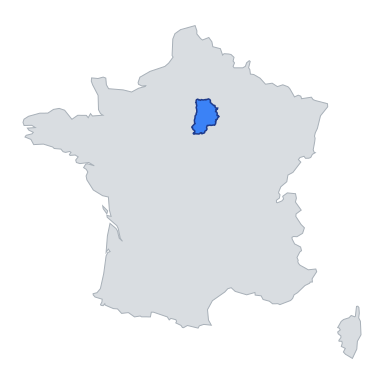 Seien-et-Marne on a map of France (Mercator projection)
{"feature_id": "FRA-5342", "entity_name": "Seien-et-Marne", "entity_type": "Metropolitan department", "adm_level": 1, "iso_a3": "FRA", "parent_name": "France", "parent_adm1": "", "projection": "mercator", "projection_center": [2.98, 48.614], "detail": "fine", "context": "in_parent", "style": "filled", "palette": "blue", "viewbox_px": 384, "rotation_deg": 0, "n_neighbors": 0, "source": "natural_earth", "source_scale": "10m", "svg_char_len": 6384}
<svg xmlns="http://www.w3.org/2000/svg" viewBox="0 0 384 384"><path d="M315.3,152.7L312.4,154.3L310.7,157.5L308.8,158.2L305.5,158.3L304.0,156.3L300.0,157.5L298.4,159.6L300.8,162.1L292.9,172.4L287.9,175.1L286.8,181.7L280.9,186.7L278.7,191.9L278.6,193.0L280.0,194.7L279.4,198.1L276.4,200.3L276.5,202.4L277.3,202.8L281.8,201.0L283.6,199.0L282.7,196.3L287.3,192.9L295.5,193.7L296.4,198.2L295.4,202.0L301.2,210.1L296.1,213.9L295.8,216.4L301.1,224.5L304.4,227.8L302.6,233.3L297.0,236.7L293.5,236.5L292.0,237.3L292.1,239.0L294.6,243.9L300.6,247.0L301.5,250.7L299.8,252.0L297.0,257.5L298.2,260.3L297.8,261.5L298.4,263.3L300.0,265.2L308.3,269.8L315.8,269.0L316.7,271.7L312.1,278.8L312.4,282.0L310.1,282.1L309.7,283.2L305.0,285.5L297.5,292.7L294.1,294.8L292.6,298.5L290.6,300.5L279.9,304.6L277.9,303.7L272.6,303.8L269.4,301.2L263.1,299.5L261.1,295.8L255.2,295.1L254.9,292.5L246.7,294.8L235.2,291.4L231.2,287.7L227.8,288.7L224.8,292.0L212.4,300.7L207.5,309.7L208.5,320.1L211.3,325.2L203.7,324.4L199.3,325.9L198.1,328.1L187.4,325.5L183.5,327.7L182.4,327.5L181.0,325.4L175.8,322.9L176.6,321.2L175.8,319.7L170.9,318.4L169.2,319.9L167.3,316.9L153.5,312.2L151.3,312.2L150.4,316.9L141.5,316.8L140.2,316.0L134.5,316.9L128.4,312.6L121.6,313.4L117.5,308.9L113.4,308.6L107.7,306.2L105.1,305.0L104.8,303.7L103.1,305.7L101.0,305.3L100.5,304.6L101.9,302.1L102.2,299.2L95.0,297.0L93.2,294.9L93.1,293.7L97.0,292.7L100.4,288.6L103.7,273.7L106.1,255.9L107.8,252.5L110.1,251.6L108.3,249.1L106.1,252.4L107.4,235.9L110.0,223.4L116.0,228.5L117.4,230.8L119.2,238.2L122.5,241.3L120.3,238.3L118.2,228.4L116.8,225.6L107.2,217.3L106.9,215.4L111.1,216.4L109.4,210.1L108.4,197.0L102.6,195.7L93.3,190.0L86.9,179.9L86.1,176.0L87.8,172.0L86.3,169.4L83.6,167.6L85.7,164.2L87.6,163.8L94.3,165.8L88.8,162.5L79.9,163.6L76.4,162.5L75.7,160.0L78.2,156.9L75.2,155.0L70.1,155.4L69.4,154.6L71.0,152.3L69.7,151.5L65.5,152.4L63.1,151.7L60.9,149.1L54.2,148.5L52.7,147.0L43.4,144.1L33.7,144.6L30.9,139.4L25.0,137.0L26.2,135.3L32.1,133.8L33.3,132.3L28.9,130.2L27.4,128.1L35.3,127.6L31.8,125.3L24.1,125.5L23.0,122.4L24.0,119.2L28.5,116.3L39.7,113.2L47.8,113.1L53.5,109.4L59.2,108.4L64.6,110.2L71.9,119.3L77.7,115.3L86.4,115.4L88.2,117.7L90.5,113.6L92.4,116.0L103.0,115.2L100.5,113.6L98.5,109.7L98.1,95.4L92.7,85.0L91.3,81.2L91.6,77.9L98.0,78.5L103.2,77.1L105.8,78.1L106.4,84.8L108.6,88.7L123.2,89.9L131.6,92.0L138.7,88.2L145.3,86.5L145.8,85.6L142.0,86.0L138.5,84.3L138.1,82.5L139.9,77.2L150.0,71.4L164.9,66.4L168.7,63.1L173.1,57.1L172.1,55.5L172.8,39.0L175.0,33.6L180.6,29.6L195.1,25.6L196.9,30.9L196.8,33.9L200.6,38.6L202.5,40.0L208.8,37.5L211.9,41.8L212.8,46.7L220.4,48.7L222.6,55.1L224.0,53.7L228.7,54.0L231.0,54.5L234.0,57.3L233.1,61.1L234.5,62.9L233.1,66.4L234.1,67.8L242.8,67.8L245.4,66.3L246.6,62.8L249.2,60.7L250.2,61.4L248.6,67.8L249.8,69.5L250.4,74.1L253.7,74.5L260.1,78.2L265.5,84.2L272.2,83.2L277.4,86.6L282.8,84.8L287.9,86.7L289.7,88.5L294.5,96.9L298.2,95.2L300.8,96.2L301.6,98.7L311.4,97.2L313.1,99.6L315.2,100.5L327.5,103.7L327.7,106.8L320.5,115.8L317.4,128.4L315.3,132.8L314.5,136.1L315.1,138.3L314.7,141.7L313.2,149.8L314.1,152.2L315.3,152.7ZM359.3,313.2L358.7,317.9L360.4,321.3L361.0,334.8L357.4,341.3L356.8,349.1L352.4,358.4L345.5,354.3L343.4,352.0L345.3,348.4L341.3,346.5L342.3,343.1L341.8,341.3L339.0,341.2L338.9,340.3L340.9,337.6L340.9,335.9L338.2,333.8L337.7,332.0L340.3,329.9L339.1,328.0L337.7,327.6L341.2,321.4L343.6,319.5L349.0,317.8L351.2,315.5L354.8,316.8L355.4,316.2L356.5,306.4L357.8,306.2L358.9,307.5L359.3,313.2ZM107.7,210.9L106.8,213.8L103.2,208.7L102.7,205.9L107.7,210.9Z" fill="#d9dde1" stroke="#a8b0b8" stroke-width="1"/><path d="M191.9,127.3L191.9,126.9L192.0,126.7L194.2,124.3L194.9,123.8L195.1,123.4L194.6,123.0L194.6,122.7L194.5,121.5L194.4,120.8L194.4,120.0L194.9,118.5L195.0,117.8L195.1,116.0L195.4,115.4L195.9,114.9L196.3,114.4L196.2,113.8L196.2,113.3L196.3,113.0L196.5,112.8L196.7,112.4L196.8,111.8L196.7,109.6L196.6,109.0L196.2,107.8L196.2,107.3L196.6,106.2L196.7,105.6L196.7,105.1L196.2,103.8L196.2,103.4L196.4,103.0L196.3,102.7L196.0,102.5L195.8,102.4L196.1,101.7L196.2,100.3L196.5,99.7L197.5,99.2L198.1,99.3L198.5,99.8L198.8,100.0L199.0,100.0L199.5,99.8L199.9,100.1L200.1,100.2L200.3,100.3L200.5,100.3L200.7,100.2L200.8,100.0L201.0,99.9L201.2,99.6L201.5,99.6L203.0,100.0L204.8,99.7L205.2,99.5L205.5,99.6L205.8,99.9L206.0,99.9L206.4,99.5L206.7,99.4L207.0,99.4L207.4,99.4L207.6,99.3L208.2,98.9L209.6,99.4L209.8,99.6L210.1,99.9L210.4,100.7L210.5,101.1L210.4,101.4L210.3,101.7L210.2,101.9L210.2,102.0L210.3,102.3L210.5,102.6L213.9,105.6L214.1,105.7L214.5,105.5L214.7,105.4L214.9,105.6L215.0,105.8L215.1,106.3L215.1,106.8L215.1,107.0L215.3,107.4L216.2,108.0L216.6,108.2L216.9,108.2L217.6,108.1L217.5,108.9L217.4,109.1L217.3,109.3L217.0,109.3L216.2,109.3L215.9,109.6L216.0,109.8L216.3,110.1L216.2,110.4L215.9,110.7L215.7,111.0L215.6,111.3L215.6,111.6L215.9,111.7L216.1,111.7L216.3,111.7L216.4,111.8L216.5,112.1L216.7,112.3L216.8,112.4L217.0,112.6L217.0,112.8L217.1,113.1L217.2,113.6L217.2,114.0L217.0,114.8L217.1,115.3L217.1,115.5L217.3,115.7L217.6,115.7L218.0,115.5L218.3,115.6L218.5,115.9L219.0,116.6L218.0,117.5L217.6,118.1L217.4,118.8L217.2,119.2L217.0,119.4L216.7,119.5L216.4,119.5L216.0,119.6L215.9,119.7L215.8,119.9L216.0,120.2L216.2,120.6L216.2,120.9L215.7,121.3L215.5,121.5L215.5,121.8L215.8,122.3L215.8,122.6L215.6,123.0L215.6,123.4L215.6,123.8L215.0,124.4L214.7,125.1L214.3,125.2L213.8,125.0L213.6,125.0L211.2,125.4L210.8,125.4L210.5,125.2L209.4,125.2L209.1,125.2L208.9,125.3L208.6,125.5L207.3,125.5L207.2,125.7L207.1,125.8L207.0,126.1L206.9,126.4L206.9,126.6L206.8,126.8L206.7,127.0L206.6,127.5L206.6,127.9L206.7,128.2L206.8,128.4L206.9,128.6L207.0,128.9L207.0,129.1L206.9,129.3L206.7,129.5L206.5,130.0L206.4,130.2L206.1,130.5L205.3,130.9L205.1,131.1L204.9,131.3L204.8,131.5L204.7,131.9L204.7,132.4L204.5,132.8L202.2,133.7L201.8,133.7L201.5,133.6L201.5,133.4L201.6,133.2L201.6,132.8L201.3,132.7L200.7,132.8L200.3,132.9L200.1,133.1L199.9,133.4L199.7,133.6L199.2,133.9L198.9,134.0L195.6,133.8L195.3,133.8L194.4,134.0L194.1,134.1L193.7,134.0L193.5,133.8L193.3,133.6L193.3,133.4L193.3,133.2L193.5,133.0L193.6,132.8L193.9,132.8L194.4,132.9L194.5,132.9L194.7,132.6L194.6,132.4L194.5,132.1L194.5,131.9L194.8,131.5L194.8,131.3L194.8,131.0L194.6,130.7L194.3,130.4L193.0,129.5L192.9,129.3L192.6,128.0L192.5,127.7L192.1,127.2L191.9,127.3Z" fill="#3b82f6" stroke="#1e3a8a" stroke-width="1.5"/></svg>